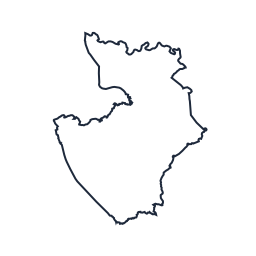 Mamprugu Moagduri, Northern, Ghana, rotated 291°
{"feature_id": "2480657B18075285363234", "entity_name": "Mamprugu Moagduri", "entity_type": "district", "adm_level": 2, "iso_a3": "GHA", "parent_name": "Ghana", "parent_adm1": "Northern", "projection": "robinson", "projection_center": [-1.366, 10.258], "detail": "fine", "context": "isolated", "style": "outline", "palette": "slate", "viewbox_px": 256, "rotation_deg": 291, "n_neighbors": 0, "source": "geoboundaries", "source_scale": "gbopen_adm2", "svg_char_len": 5869}
<svg xmlns="http://www.w3.org/2000/svg" viewBox="0 0 256 256"><g transform="rotate(291 128 128)"><path d="M57.0,185.4L58.5,184.4L59.2,183.1L59.3,181.8L61.8,181.5L62.9,180.9L64.2,181.2L65.1,181.1L65.4,180.7L65.2,179.6L65.4,179.1L67.1,180.7L67.4,183.1L67.8,184.0L67.8,186.8L68.0,187.5L68.5,187.8L69.4,187.1L70.6,187.5L72.3,186.8L73.6,184.8L74.4,183.8L76.6,182.7L77.2,182.6L79.2,183.8L80.0,183.7L81.2,182.9L82.6,181.3L84.4,180.8L85.2,179.8L86.7,179.4L87.6,178.5L89.2,178.3L90.0,177.5L90.6,177.2L93.4,177.2L95.9,177.6L97.2,178.0L99.2,177.3L102.1,179.0L103.8,180.4L105.2,181.0L106.2,181.9L106.8,181.1L107.1,181.4L107.5,181.2L107.8,180.3L109.7,180.6L111.2,181.3L114.2,181.5L116.5,181.1L116.9,180.3L117.1,180.1L118.0,180.1L118.4,180.3L118.7,181.0L118.4,181.9L122.1,184.9L126.3,187.0L130.5,188.7L131.2,189.2L133.5,189.9L134.0,189.2L134.6,189.2L134.9,189.5L135.0,190.0L134.6,190.4L135.7,192.9L136.6,193.0L137.1,194.1L136.9,194.5L140.9,198.9L142.0,198.1L143.2,198.1L144.0,199.0L144.1,200.2L147.3,200.2L148.4,199.2L149.7,198.9L151.2,199.7L151.6,200.4L153.2,200.5L153.2,201.0L153.5,201.6L154.0,201.9L154.9,201.8L155.4,201.0L155.4,200.2L154.6,199.3L153.9,198.9L157.6,190.1L162.6,182.1L175.3,176.1L177.1,175.0L179.8,173.8L182.3,172.2L182.6,173.1L183.3,173.7L184.9,174.4L186.1,173.5L186.8,171.7L187.3,168.8L186.0,166.7L184.7,165.3L185.5,164.7L186.9,162.2L190.5,150.7L191.5,151.1L192.8,150.9L194.1,151.5L195.0,151.5L195.7,152.2L197.4,153.2L198.6,153.5L200.1,154.6L201.2,155.0L201.8,155.6L202.5,157.5L204.0,159.0L204.4,159.0L204.6,159.5L205.0,159.6L205.2,160.1L205.8,159.6L206.9,157.2L207.3,155.9L206.9,154.0L208.5,151.0L209.3,150.5L210.7,150.8L212.4,151.7L213.2,151.7L216.2,149.9L218.8,148.8L220.2,147.4L220.3,146.9L220.2,146.6L218.9,146.6L218.4,145.9L218.2,144.8L218.3,143.0L217.8,142.1L217.1,141.9L216.5,142.1L215.9,143.3L216.0,143.7L215.2,145.0L214.0,145.2L213.4,144.7L213.4,142.2L213.5,141.0L214.4,139.3L217.8,139.4L218.8,137.6L218.7,134.7L218.3,133.9L217.2,132.7L217.1,131.4L217.2,129.9L218.6,127.6L218.9,126.9L218.8,126.4L217.8,125.7L214.4,125.6L212.4,124.7L211.8,124.2L211.1,122.5L208.8,120.8L208.2,119.9L207.9,116.7L208.4,115.7L209.0,115.5L209.8,115.8L211.4,117.0L212.4,117.2L213.8,117.1L214.2,116.7L214.8,115.5L213.6,114.0L211.7,113.1L211.1,112.4L209.5,111.4L206.9,112.0L204.6,111.8L203.9,111.1L203.6,110.4L203.7,109.4L204.0,108.4L203.8,106.7L203.4,106.0L202.3,105.7L200.9,105.8L198.2,104.6L197.5,103.9L197.1,103.0L197.0,102.2L197.4,101.6L197.7,100.1L198.0,99.5L198.5,99.1L200.1,99.5L202.5,99.0L203.0,97.7L204.3,97.0L205.9,95.6L206.3,94.8L206.3,92.2L206.6,91.2L206.4,90.1L206.1,89.7L205.5,89.0L204.4,88.2L203.5,88.6L203.3,89.3L202.9,89.5L202.6,89.3L202.2,86.2L202.8,82.8L202.6,80.6L201.8,78.7L199.6,77.0L199.0,76.7L198.8,76.1L199.0,75.2L199.8,74.3L199.8,73.7L198.2,71.5L198.3,68.9L198.9,68.1L200.6,69.0L203.4,66.5L203.9,65.7L203.9,64.9L204.6,62.8L204.6,62.1L204.1,61.0L201.9,61.0L201.1,60.4L200.9,60.0L200.7,59.2L201.2,57.2L201.3,54.1L199.3,55.0L194.1,56.4L193.6,57.1L193.2,57.1L190.6,58.7L184.1,64.4L183.0,66.5L179.3,72.0L175.1,78.9L168.6,81.2L160.4,84.8L157.9,85.5L156.5,87.0L155.8,89.3L155.9,90.8L156.5,93.4L160.5,98.7L161.5,100.6L162.5,105.3L162.4,107.1L161.4,110.3L160.5,112.1L159.5,113.4L158.9,113.6L158.7,113.9L159.0,114.7L159.1,116.2L157.6,116.5L156.5,117.1L156.5,117.5L157.6,118.5L157.6,118.9L156.8,119.2L156.4,119.7L155.4,118.8L154.6,119.0L153.9,119.7L154.2,121.0L153.8,121.7L153.6,120.8L152.3,120.7L152.0,121.2L152.2,121.7L153.0,121.8L153.3,122.2L153.0,122.6L152.6,122.4L152.1,122.8L151.8,122.6L152.0,122.0L151.9,121.6L151.6,121.5L150.5,121.8L150.3,120.5L149.7,119.3L150.0,118.4L149.5,118.0L149.4,116.8L150.2,116.3L149.7,113.7L148.7,113.8L148.7,113.4L147.7,112.3L147.4,111.2L147.0,111.1L146.8,111.4L146.3,111.3L145.4,110.1L146.1,108.8L146.4,107.3L146.2,106.6L145.1,106.2L145.0,106.9L145.4,107.3L145.4,107.7L145.0,108.0L141.8,107.5L141.6,107.7L141.1,107.5L140.5,106.4L140.0,106.3L139.2,106.8L138.1,106.9L137.2,106.3L134.1,105.9L133.6,105.2L133.0,104.9L131.2,104.9L130.1,104.5L130.1,104.2L130.8,103.9L130.9,103.3L130.5,101.9L129.2,101.4L127.3,99.5L127.0,99.4L126.5,99.6L126.2,100.6L125.8,100.9L125.5,100.8L125.2,99.9L124.0,99.7L123.8,99.1L125.1,98.6L125.4,98.0L124.8,97.0L125.0,96.3L125.1,94.7L124.4,93.2L123.4,91.4L122.1,90.1L121.5,90.3L119.8,90.0L117.0,88.7L116.0,87.0L114.7,85.9L114.6,84.7L114.1,83.7L113.7,81.2L114.0,81.0L115.5,81.2L116.9,81.0L117.3,79.9L118.8,78.5L119.6,75.8L119.0,75.3L118.4,75.5L117.5,75.2L117.1,74.1L117.8,74.4L119.3,73.6L120.0,71.6L119.5,70.1L118.4,68.9L117.8,67.8L115.7,66.0L115.0,64.9L115.0,64.7L116.4,64.6L116.7,64.3L117.0,63.5L116.8,62.9L115.8,61.6L114.3,60.8L113.8,60.1L111.5,58.8L109.2,56.0L108.8,55.9L108.1,56.2L107.6,57.0L106.3,58.2L105.7,59.1L104.4,61.9L103.8,61.6L102.5,61.7L101.8,62.4L101.3,62.6L100.0,61.3L98.8,62.2L96.8,63.3L96.3,63.8L96.3,64.8L96.0,65.3L95.2,65.7L94.2,66.5L93.5,66.5L93.3,66.9L92.3,67.6L90.9,69.0L90.3,69.2L89.9,69.7L90.0,70.1L89.8,70.0L89.2,70.6L89.0,71.2L89.1,71.4L88.5,72.3L80.0,78.2L76.5,81.0L74.5,82.9L68.9,88.9L61.8,97.1L60.0,99.8L47.9,124.7L41.3,139.8L40.1,141.7L39.7,142.6L40.2,144.1L39.5,145.2L39.6,145.7L38.9,146.8L38.9,147.2L38.3,147.4L37.8,148.0L37.0,149.1L36.8,150.0L35.9,150.6L36.0,150.6L35.8,150.9L36.2,151.1L36.2,151.7L36.0,151.8L36.0,152.2L36.4,152.4L36.7,153.8L36.7,154.2L35.7,154.9L36.8,156.4L36.9,156.9L36.6,157.2L36.8,157.5L37.5,157.8L37.6,158.3L39.3,159.4L40.6,159.8L40.8,160.4L41.7,160.5L42.2,161.0L43.0,160.7L43.5,161.0L43.6,161.8L44.3,162.6L44.4,163.8L45.4,164.2L45.2,164.8L45.5,165.6L45.9,166.0L46.4,165.9L47.5,167.8L49.2,167.8L50.1,167.2L50.8,167.8L51.4,167.9L52.6,167.5L53.4,168.0L54.2,169.6L53.7,169.9L54.1,171.7L55.6,173.6L55.2,174.0L54.9,174.9L54.8,176.3L55.2,176.6L56.3,177.0L56.5,178.0L57.3,178.2L56.6,179.8L56.7,180.3L56.4,181.0L56.6,181.4L56.3,182.0L57.0,183.4L57.3,183.5L57.3,183.9L57.5,184.1L57.1,184.3L57.0,185.4Z" fill="none" stroke="#1e293b" stroke-width="2"/></g></svg>